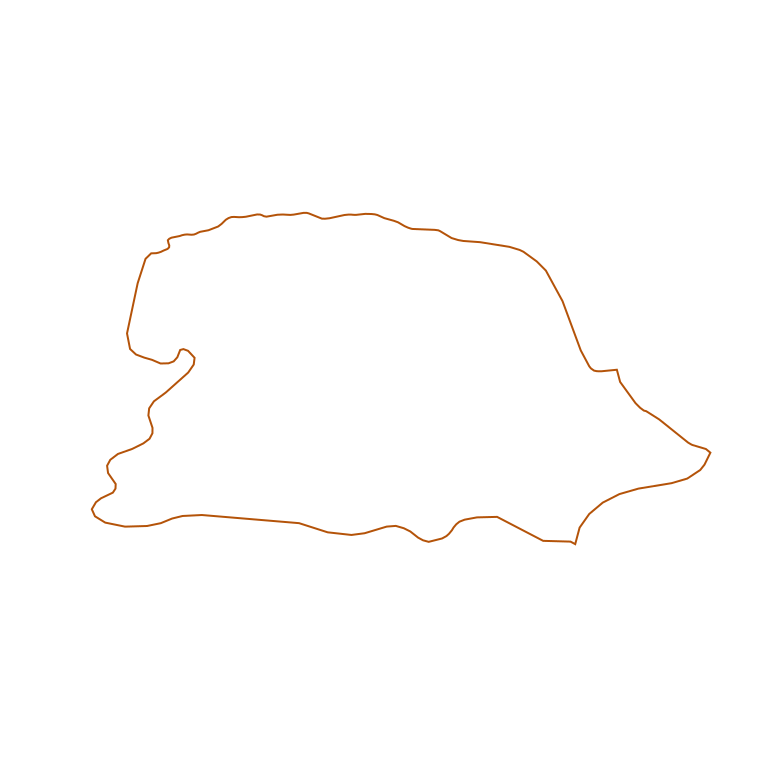 map outline of Amnat Charoen (Equal Earth projection), rotated 80°
{"feature_id": "THA-427", "entity_name": "Amnat Charoen", "entity_type": "Province", "adm_level": 1, "iso_a3": "THA", "parent_name": "Thailand", "parent_adm1": "", "projection": "equal_earth", "projection_center": [104.701, 15.883], "detail": "fine", "context": "isolated", "style": "outline", "palette": "amber", "viewbox_px": 768, "rotation_deg": 80, "n_neighbors": 0, "source": "natural_earth", "source_scale": "10m", "svg_char_len": 2209}
<svg xmlns="http://www.w3.org/2000/svg" viewBox="0 0 768 768"><g transform="rotate(80 384 384)"><path d="M508.3,74.5L519.1,82.4L523.6,87.5L529.8,101.8L531.6,118.1L531.2,151.6L533.3,171.3L538.8,189.2L547.6,204.4L559.4,216.3L574.9,223.5L571.6,227.7L566.1,254.5L534.5,295.7L531.5,315.6L531.6,328.1L532.7,333.6L534.7,337.2L537.4,340.4L539.8,342.5L542.8,346.0L544.6,348.9L546.2,353.6L547.2,367.4L544.7,372.7L541.2,377.1L533.8,383.7L529.5,389.5L525.8,397.0L524.9,406.1L527.6,429.0L527.0,442.3L520.3,465.2L506.3,491.8L481.4,586.1L479.0,605.3L479.7,616.0L482.3,628.0L482.7,642.0L479.5,663.8L472.1,682.6L464.1,691.6L456.6,693.5L450.4,688.2L447.4,682.5L443.9,669.9L440.4,666.6L435.9,665.6L423.8,671.2L416.4,670.9L411.1,666.7L406.7,658.2L404.2,643.2L400.7,631.3L397.2,624.4L392.3,620.6L387.0,619.6L374.1,621.5L367.2,619.5L361.1,613.6L354.5,600.4L338.7,574.8L331.8,568.0L325.3,566.0L317.3,571.2L314.8,575.5L315.1,578.8L321.8,582.9L325.2,587.2L326.2,592.6L325.0,600.5L319.9,608.3L316.4,615.5L311.9,623.1L305.4,628.0L289.6,628.3L242.0,609.1L219.3,597.1L214.9,590.6L215.6,585.7L215.5,583.3L215.1,580.7L214.3,577.9L213.4,573.7L212.1,571.9L210.2,571.4L208.1,571.8L204.9,571.9L203.7,570.3L203.0,567.9L202.8,559.5L202.4,557.1L202.3,554.5L202.5,552.0L203.6,547.6L203.8,545.2L203.4,543.0L202.7,540.8L202.2,538.6L202.1,530.2L200.1,520.0L198.1,516.1L194.8,511.3L193.6,508.3L193.1,505.3L193.4,502.7L194.5,498.1L195.0,495.0L195.3,491.0L195.0,479.6L195.6,476.6L196.6,474.8L197.9,473.1L198.8,470.7L198.8,459.6L199.5,454.3L201.2,447.0L201.5,443.5L201.5,433.5L202.0,430.5L202.9,428.5L210.4,416.4L211.0,413.3L211.3,408.8L210.7,393.6L211.0,389.6L211.4,387.2L212.1,384.7L212.6,381.9L213.2,372.9L214.4,366.9L215.3,363.7L216.4,361.2L220.7,354.9L225.0,345.9L227.2,342.1L232.1,336.3L234.2,333.2L235.5,330.8L236.2,329.3L241.0,307.3L242.1,303.8L243.3,302.1L252.0,292.1L255.1,286.0L256.9,281.1L261.0,264.8L270.7,236.7L275.5,227.2L278.0,223.7L289.8,212.3L300.4,204.9L333.4,193.8L385.1,184.4L402.2,178.8L404.6,177.5L407.3,174.8L408.4,172.0L409.2,167.9L410.4,152.2L423.0,151.1L446.6,139.6L451.9,135.9L455.3,132.7L456.3,130.5L466.6,119.2L494.5,94.7L496.9,91.9L497.6,90.9L503.9,78.3L508.3,74.5Z" fill="none" stroke="#b45309" stroke-width="2"/></g></svg>